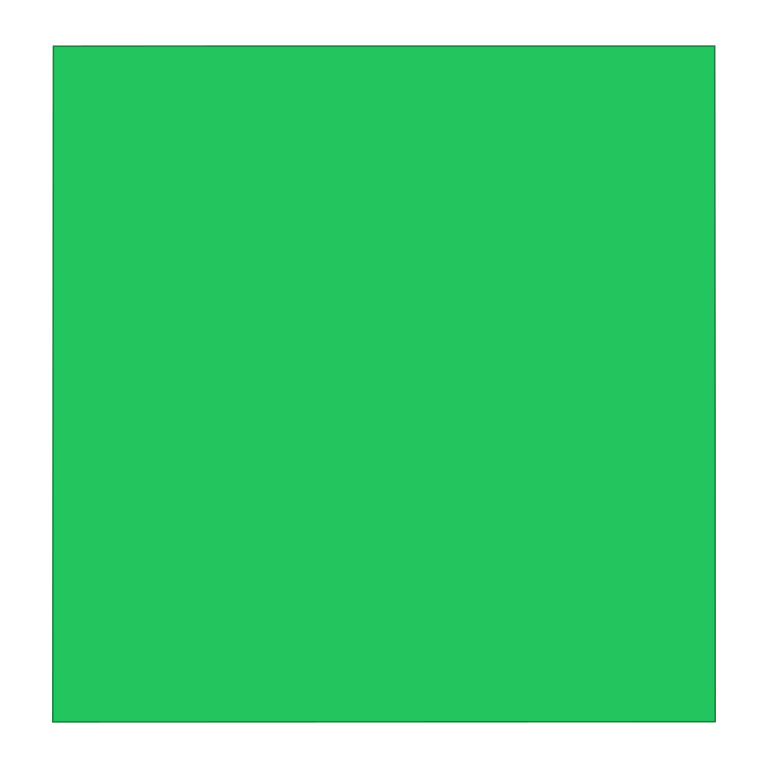 Shackelford, Texas, United States of America (Robinson projection)
{"feature_id": "52423323B36829987013590", "entity_name": "Shackelford", "entity_type": "district", "adm_level": 2, "iso_a3": "USA", "parent_name": "United States of America", "parent_adm1": "Texas", "projection": "robinson", "projection_center": [-99.339, 32.736], "detail": "fine", "context": "isolated", "style": "filled", "palette": "green", "viewbox_px": 768, "rotation_deg": 0, "n_neighbors": 0, "source": "geoboundaries", "source_scale": "gbopen_adm2", "svg_char_len": 221}
<svg xmlns="http://www.w3.org/2000/svg" viewBox="0 0 768 768"><path d="M53.4,46.2L52.8,721.9L691.8,721.7L715.2,721.7L715.1,427.2L714.7,46.1L233.8,46.1L53.4,46.2Z" fill="#22c55e" stroke="#15803d" stroke-width="1.5"/></svg>